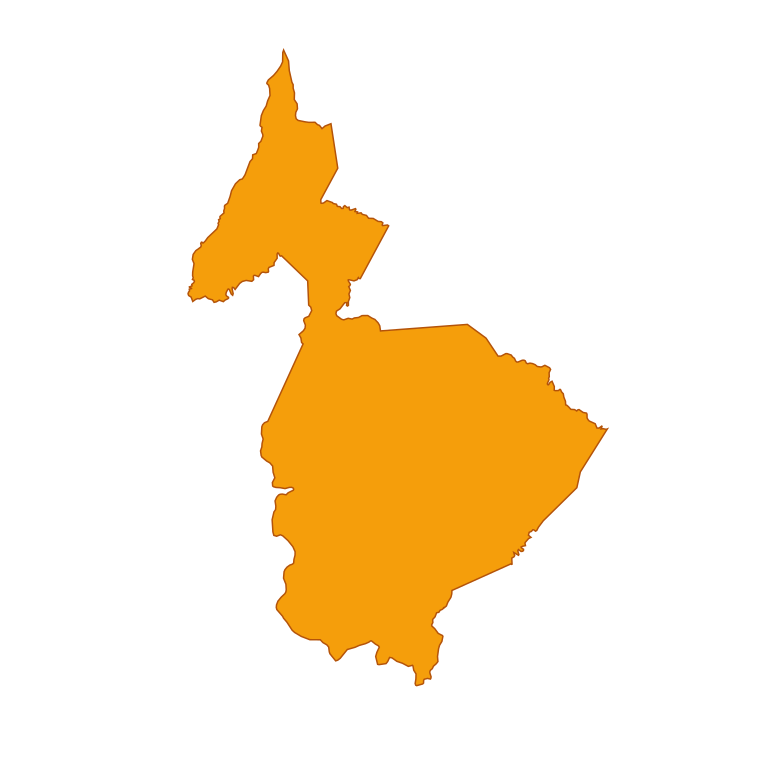 El Rosario, Comayagua, Honduras (orthographic projection), rotated 111°
{"feature_id": "27666195B23416368136478", "entity_name": "El Rosario", "entity_type": "district", "adm_level": 2, "iso_a3": "HND", "parent_name": "Honduras", "parent_adm1": "Comayagua", "projection": "orthographic", "projection_center": [-87.754, 14.601], "detail": "fine", "context": "isolated", "style": "filled", "palette": "amber", "viewbox_px": 768, "rotation_deg": 111, "n_neighbors": 0, "source": "geoboundaries", "source_scale": "gbopen_adm2", "svg_char_len": 6171}
<svg xmlns="http://www.w3.org/2000/svg" viewBox="0 0 768 768"><g transform="rotate(111 384 384)"><path d="M638.6,393.9L641.2,389.2L646.8,381.5L648.0,378.4L649.3,370.8L649.3,361.6L645.6,351.8L647.3,348.3L648.0,343.9L649.4,341.4L653.8,339.0L655.3,337.7L659.8,329.9L658.4,328.2L655.8,326.6L645.0,323.1L640.2,316.7L636.9,313.4L633.0,308.2L630.4,305.6L628.7,304.5L628.3,303.7L629.9,298.8L630.4,295.5L631.3,294.1L637.1,294.5L641.4,294.1L648.0,289.5L647.8,288.1L644.3,281.9L641.8,281.1L637.3,280.8L636.8,278.4L638.3,272.6L638.1,266.7L638.9,260.1L636.4,256.6L637.0,255.8L640.5,253.7L643.2,250.2L648.0,248.5L652.4,247.6L653.8,246.5L653.9,245.4L650.2,240.4L649.0,239.9L646.5,240.8L645.2,240.6L643.3,237.9L642.8,234.9L641.9,234.8L640.5,235.1L637.1,237.8L635.8,238.2L634.4,238.0L632.5,236.9L629.7,236.7L626.5,235.0L623.8,234.2L619.2,236.4L611.5,238.2L607.9,238.5L603.6,237.7L598.4,238.6L597.9,239.3L597.4,244.0L594.2,249.0L592.8,252.6L591.6,253.2L589.2,252.9L586.4,254.2L583.1,252.9L578.7,252.9L577.5,251.0L575.1,250.5L573.7,249.0L571.5,247.7L571.3,248.0L570.5,247.1L568.9,246.2L564.9,246.2L559.1,245.1L555.7,245.5L552.4,246.6L506.4,201.0L506.7,200.4L506.3,199.9L500.8,202.3L498.7,200.7L497.4,200.5L494.8,202.5L495.7,197.1L495.0,196.9L491.8,199.3L490.4,199.2L491.2,196.0L490.6,194.8L489.6,194.1L488.3,194.5L487.7,197.0L487.1,197.6L485.9,196.6L484.2,194.0L482.2,195.3L481.3,195.4L476.4,193.6L474.5,191.8L473.4,195.0L470.4,195.3L468.8,193.6L466.7,192.8L466.5,191.9L467.1,189.8L466.0,188.9L462.4,188.5L454.6,186.3L411.7,166.8L395.7,169.2L345.9,159.4L346.7,160.3L347.2,163.4L348.2,165.3L345.6,165.2L345.3,165.6L348.2,167.6L348.8,169.4L345.4,172.6L345.0,179.1L344.1,180.9L342.8,182.3L339.5,183.6L338.6,184.5L339.2,187.9L338.0,192.8L338.7,193.8L340.1,194.4L339.6,196.9L340.7,200.5L339.1,203.6L338.3,205.8L338.4,206.9L335.1,208.4L331.8,211.4L328.9,213.1L327.8,215.3L325.9,217.3L326.1,218.0L327.6,218.8L328.8,221.6L328.9,222.8L325.3,224.1L321.2,228.1L322.9,229.5L325.7,230.1L326.0,230.6L325.7,231.3L324.8,231.7L320.9,231.5L319.6,232.4L318.0,232.3L314.3,233.9L310.7,233.7L309.5,235.3L308.9,240.5L311.4,242.8L312.0,244.0L312.7,247.2L311.8,249.8L311.7,252.6L312.2,255.2L313.6,257.2L313.5,258.6L311.7,260.5L311.6,261.9L312.3,263.5L315.5,266.8L315.9,267.9L315.4,269.3L313.3,271.4L312.6,273.8L311.4,275.5L311.5,279.9L312.0,281.2L316.0,284.7L317.1,287.5L304.6,305.2L298.5,327.5L335.7,406.3L331.2,408.8L329.1,411.3L327.0,415.6L326.8,419.1L325.9,423.7L328.0,429.0L331.0,431.6L333.0,435.4L334.8,437.0L335.5,441.0L338.5,444.5L338.8,446.7L337.2,452.6L335.5,454.1L333.0,454.5L329.6,452.0L322.2,449.8L321.3,447.8L324.1,447.1L324.3,446.0L323.3,445.4L319.8,446.8L315.6,446.9L312.5,449.0L308.7,448.9L305.7,451.8L304.4,451.1L303.0,451.1L300.4,454.4L299.6,454.7L299.2,454.1L298.5,449.0L296.3,446.5L293.9,446.1L294.5,445.3L294.1,443.9L234.7,436.3L234.3,437.7L236.6,442.0L236.2,442.7L234.0,442.8L233.4,444.6L234.3,447.8L233.3,453.4L234.8,457.8L232.9,460.8L233.4,465.1L232.4,466.7L234.3,470.2L232.8,470.4L233.4,472.9L230.9,472.9L230.5,473.5L233.3,476.9L233.8,478.1L233.6,478.7L231.4,480.0L232.5,481.6L231.5,484.5L232.9,485.4L234.7,485.1L235.3,486.5L234.2,488.6L234.9,491.2L233.2,492.8L233.7,496.1L233.1,497.1L233.2,503.0L236.7,505.3L237.6,506.8L237.7,507.7L234.6,509.1L199.1,504.5L160.0,526.8L164.3,531.5L167.8,533.4L165.7,536.9L165.7,539.0L164.4,542.2L166.7,548.0L167.5,551.5L168.7,558.6L167.9,561.0L165.2,562.8L162.0,563.7L158.1,563.4L153.6,565.5L150.6,569.7L144.3,571.9L140.4,574.8L137.1,576.1L135.3,578.1L125.4,584.7L116.6,588.9L108.2,597.4L110.8,597.3L119.6,594.1L124.2,594.4L130.5,595.9L135.5,597.7L141.5,600.9L144.5,601.3L145.5,601.0L146.4,598.8L149.1,596.7L155.5,593.8L161.4,594.1L166.8,593.6L171.9,594.6L177.4,594.7L186.9,592.5L187.4,592.0L188.1,589.9L191.8,589.1L194.5,586.6L196.0,585.9L201.5,585.9L204.4,587.2L207.9,585.8L210.5,585.7L214.6,585.8L217.1,588.7L220.8,587.5L224.4,588.8L238.3,588.7L241.6,589.3L243.4,589.8L245.0,591.9L250.2,594.4L258.2,595.6L264.0,594.9L271.3,594.7L274.1,596.6L275.1,596.7L277.2,595.8L279.9,595.6L281.6,594.7L286.2,597.1L286.9,597.1L288.3,596.1L289.9,597.3L291.2,596.2L293.5,596.5L294.6,595.5L299.1,595.6L310.4,601.0L314.6,602.1L317.0,603.2L317.3,603.8L316.8,604.9L317.1,605.3L318.4,605.5L320.4,604.2L321.9,604.2L327.0,607.5L331.4,608.6L336.3,607.6L339.7,604.5L348.1,602.7L351.5,601.5L353.2,600.2L355.1,600.3L355.2,598.5L356.0,597.8L357.6,597.9L359.9,599.2L361.2,598.4L363.1,600.5L363.5,600.2L363.5,598.6L363.9,598.0L365.3,599.8L366.8,598.9L368.3,599.4L370.0,599.3L371.4,598.1L372.0,595.2L375.5,592.1L372.4,590.1L371.1,588.6L370.5,586.5L366.0,582.4L367.3,578.6L366.9,574.3L368.7,571.9L367.4,570.0L364.8,567.9L364.7,563.5L362.4,562.3L360.5,560.4L359.5,559.9L358.8,560.2L358.2,562.7L357.0,563.8L354.7,564.1L351.4,563.7L351.0,563.1L351.3,562.2L354.8,558.8L355.4,557.1L353.7,557.2L349.4,560.0L348.1,560.2L347.9,558.9L349.1,556.9L341.8,554.8L339.0,553.0L336.7,549.8L335.5,544.2L333.4,543.1L330.1,544.6L329.3,544.4L328.8,543.5L328.7,539.6L325.2,538.8L323.6,538.0L322.9,537.0L322.4,534.3L321.1,532.2L320.3,532.1L318.0,533.3L316.4,533.2L312.7,529.2L310.0,530.1L304.9,528.8L301.0,530.4L299.7,530.1L299.8,529.3L301.7,527.1L301.7,526.4L301.0,525.6L315.1,492.2L337.3,482.6L338.5,479.9L341.4,477.8L347.8,478.5L350.4,481.3L351.7,482.0L353.6,481.7L357.2,478.5L360.1,477.7L363.1,478.3L368.3,481.1L370.8,478.1L374.8,475.8L375.6,473.9L460.5,479.1L463.0,481.7L465.6,482.7L467.8,482.7L474.6,480.5L478.7,477.1L483.3,476.5L486.5,475.5L490.7,475.3L494.7,473.1L496.0,471.8L498.0,465.9L498.5,462.4L500.5,458.6L506.1,455.9L510.7,452.3L516.0,452.9L519.1,451.4L519.5,450.4L519.3,447.8L518.0,443.7L517.1,438.9L514.5,435.4L513.6,433.4L513.6,431.7L514.5,430.6L515.7,430.6L519.7,434.4L522.5,435.7L523.2,439.5L524.2,441.5L525.4,442.6L528.2,443.6L532.2,443.8L536.8,441.2L540.1,440.2L542.9,440.9L550.8,439.8L561.9,434.7L564.8,432.6L564.6,429.7L561.9,426.7L562.0,424.2L564.6,417.5L568.5,410.8L572.4,406.9L575.7,405.7L580.0,405.2L583.5,404.2L585.0,404.9L586.8,407.0L589.7,408.9L592.7,409.9L595.1,410.0L601.3,408.2L606.1,403.8L611.2,401.5L613.4,401.1L615.3,401.4L619.9,403.6L624.7,405.2L628.7,405.2L631.2,404.5L633.0,403.2L637.2,395.4L638.6,393.9Z" fill="#f59e0b" stroke="#b45309" stroke-width="1.5"/></g></svg>